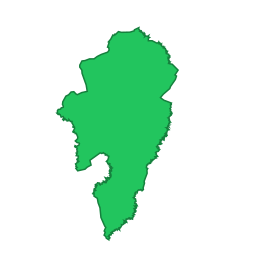 Phimai, Nakhon Ratchasima, Thailand, rotated 152°
{"feature_id": "78962969B83847555024390", "entity_name": "Phimai", "entity_type": "district", "adm_level": 2, "iso_a3": "THA", "parent_name": "Thailand", "parent_adm1": "Nakhon Ratchasima", "projection": "orthographic", "projection_center": [102.551, 15.277], "detail": "fine", "context": "isolated", "style": "filled", "palette": "green", "viewbox_px": 256, "rotation_deg": 152, "n_neighbors": 0, "source": "geoboundaries", "source_scale": "gbopen_adm2", "svg_char_len": 5814}
<svg xmlns="http://www.w3.org/2000/svg" viewBox="0 0 256 256"><g transform="rotate(152 128 128)"><path d="M104.4,212.5L108.1,209.0L107.3,208.0L108.1,205.6L110.4,204.5L116.9,205.5L121.6,205.6L125.5,205.0L129.6,207.1L134.3,207.7L137.2,208.8L141.0,206.2L142.0,204.4L141.6,200.7L142.9,197.8L144.7,185.7L146.8,179.5L152.2,181.0L157.0,181.2L157.8,182.1L158.8,185.5L161.4,186.5L164.8,185.2L167.9,185.3L173.2,181.8L174.8,179.6L174.8,177.8L175.4,176.7L177.6,177.1L178.7,176.3L180.9,177.1L182.2,176.4L183.2,174.3L183.8,174.5L183.3,172.7L182.3,172.8L182.4,172.3L181.6,171.6L181.9,169.0L179.9,168.6L179.9,166.9L181.6,166.3L181.3,165.0L179.3,165.7L179.4,164.6L178.4,164.1L178.5,162.8L176.8,162.3L176.2,163.2L175.7,160.7L174.4,160.1L175.1,158.8L174.9,156.0L176.2,154.7L175.7,154.1L175.0,154.6L174.8,154.0L175.5,152.5L178.5,150.5L178.3,149.8L177.1,149.7L177.2,147.8L176.2,147.5L176.6,143.5L177.7,142.1L180.6,141.3L179.8,139.0L178.3,137.8L178.2,137.0L179.3,136.0L182.1,135.9L183.0,137.3L183.8,136.5L182.3,133.9L183.4,132.9L183.7,130.8L184.3,130.9L184.8,129.6L185.5,130.0L185.6,128.6L186.7,127.9L185.0,126.5L186.7,124.2L187.4,124.6L188.0,124.0L187.0,121.7L188.1,121.4L188.4,122.1L189.8,121.0L191.2,120.9L191.5,118.6L192.1,118.3L191.4,117.1L193.0,116.8L192.5,113.8L185.3,111.8L182.3,112.6L178.0,112.6L176.8,117.4L164.3,119.1L163.1,117.8L161.2,117.7L161.1,116.7L160.2,115.9L160.7,114.7L159.2,114.5L159.4,113.4L158.2,112.1L160.6,109.4L162.8,108.6L162.3,107.7L162.5,106.4L161.3,105.4L162.1,105.0L161.1,104.5L162.0,103.9L160.9,101.7L161.7,101.3L162.4,101.8L162.2,100.6L163.2,100.7L161.5,100.2L161.4,101.1L160.7,100.1L161.9,100.0L162.4,98.5L163.1,98.8L163.1,97.9L163.8,98.3L163.8,99.5L164.7,98.8L164.5,97.1L165.7,96.8L164.9,95.8L166.1,95.0L165.3,94.6L166.0,94.1L165.5,93.7L166.0,93.1L166.5,93.3L166.8,92.6L168.3,93.2L168.6,92.8L168.0,92.2L168.4,91.8L169.4,93.0L169.3,93.9L170.5,93.7L171.4,94.8L171.4,93.5L170.4,92.9L171.8,92.1L170.8,91.5L172.7,90.7L173.4,91.0L172.7,90.3L173.1,90.0L174.7,91.2L173.7,91.6L174.7,92.7L175.3,91.5L176.5,91.9L177.2,90.7L178.6,91.5L179.3,90.8L179.8,91.6L178.9,92.7L180.6,93.9L181.8,93.2L183.4,93.4L183.7,92.7L182.5,91.8L183.5,91.1L184.4,91.4L184.4,90.3L186.3,90.1L185.8,88.1L186.5,88.1L187.3,89.0L188.1,87.5L188.8,87.2L188.3,85.8L189.1,86.8L189.9,86.5L189.1,85.4L190.0,83.8L188.1,80.3L189.5,76.0L190.2,70.7L193.9,61.7L194.6,52.3L194.3,50.7L197.4,48.2L197.1,46.6L199.4,44.6L198.6,42.6L198.9,40.9L197.5,38.4L197.2,39.1L196.2,39.0L195.5,39.7L196.4,41.6L194.8,42.3L194.7,41.6L193.6,42.2L193.2,41.6L192.1,42.5L192.1,43.3L190.9,42.3L190.6,44.0L188.2,43.4L187.7,43.5L187.8,44.3L187.0,44.4L186.6,43.7L185.7,44.2L184.9,43.6L185.1,43.0L183.7,43.5L183.3,42.2L182.7,44.2L182.2,44.0L182.5,43.5L181.7,43.4L179.3,44.9L179.1,45.7L178.5,45.1L177.1,45.2L176.1,46.4L175.6,45.3L174.1,46.0L173.4,45.3L173.2,46.3L174.8,46.9L174.9,48.1L173.9,47.0L172.2,48.5L171.8,47.8L170.1,48.1L169.9,47.3L169.0,48.1L168.2,47.2L169.2,46.2L168.1,46.6L166.8,45.4L166.4,46.0L167.2,47.0L166.3,46.6L164.5,47.3L164.9,48.6L162.9,48.4L163.5,50.2L161.8,50.4L161.1,51.9L160.6,50.5L159.9,51.0L160.4,53.9L158.9,53.2L158.1,53.6L158.2,54.1L159.1,54.1L158.6,54.3L158.8,55.9L158.1,55.3L158.2,55.9L157.6,56.0L157.6,55.4L156.4,54.9L156.4,57.6L157.5,58.2L156.4,59.6L155.4,59.5L154.7,61.9L155.6,62.4L155.3,63.2L155.9,64.0L153.7,64.5L154.0,65.3L152.7,65.8L152.8,66.4L152.1,66.3L152.5,66.7L151.9,67.6L150.8,67.7L150.1,66.8L148.8,68.2L147.4,68.3L146.9,67.7L145.7,67.7L145.8,67.2L144.9,66.8L145.0,66.0L143.3,66.4L142.8,68.0L139.2,71.7L139.3,72.4L138.4,73.7L132.4,79.0L131.0,82.0L129.6,83.0L130.5,84.2L128.9,86.5L128.1,86.2L127.5,86.9L125.2,86.4L125.3,87.1L124.2,86.7L123.9,87.4L123.2,87.2L123.1,87.8L123.8,88.0L122.9,88.2L122.6,88.9L121.9,87.8L121.2,88.5L120.9,88.0L118.2,88.6L117.2,88.3L117.6,89.9L115.2,89.0L115.6,91.8L114.9,92.4L115.2,93.3L114.0,93.6L112.3,93.2L110.1,94.2L111.3,95.7L110.0,95.9L109.9,96.8L111.5,97.5L111.5,98.1L110.4,97.9L110.2,98.8L108.8,99.2L107.0,98.3L105.6,98.3L105.9,99.3L106.5,99.0L106.5,99.8L107.1,99.9L106.7,100.6L105.3,99.8L105.8,100.5L104.8,101.1L105.3,102.3L103.3,102.2L103.6,101.6L102.7,101.6L101.9,100.4L101.1,101.5L101.9,102.6L102.7,102.5L102.2,103.4L101.7,103.0L101.1,103.4L100.4,102.7L99.3,104.2L98.4,103.3L98.6,102.7L98.2,102.6L97.7,103.4L97.0,103.1L96.9,103.7L97.6,103.9L97.0,104.5L97.6,104.5L97.9,105.4L96.8,105.2L96.5,106.2L95.8,106.0L94.2,107.6L92.5,107.2L92.7,108.1L93.5,108.0L93.9,109.1L93.3,109.4L93.8,110.1L93.0,109.8L92.2,110.8L91.6,110.0L91.7,110.8L91.1,110.8L91.6,111.2L90.1,112.3L89.4,112.1L89.8,112.8L88.4,113.6L87.8,113.3L88.1,115.0L87.8,115.0L87.7,115.4L88.3,115.3L88.3,115.8L87.3,116.8L87.9,118.1L86.8,118.0L86.2,118.8L85.0,118.8L84.3,119.5L83.8,119.1L82.9,119.8L83.8,119.9L83.9,120.7L82.1,121.4L82.7,123.2L81.7,124.0L82.0,125.4L80.4,126.0L79.9,127.9L79.5,128.5L78.8,128.3L78.5,128.9L78.9,129.3L78.0,129.7L83.3,135.7L85.1,139.6L80.9,141.3L72.6,143.2L71.0,144.7L63.4,148.6L60.8,151.1L61.6,152.8L56.6,155.6L59.0,163.5L61.3,165.4L60.1,166.3L61.5,166.4L60.0,167.8L60.2,168.5L61.1,168.7L60.0,169.0L60.2,170.3L59.1,170.4L59.4,171.6L57.8,170.9L57.2,172.3L57.8,172.8L57.5,174.0L59.7,176.2L58.8,175.8L57.8,176.6L58.9,176.6L58.4,178.0L57.8,177.1L57.3,177.3L58.0,179.3L57.7,180.6L58.6,181.2L57.9,182.2L59.1,182.4L58.4,183.4L59.5,183.9L59.8,185.0L59.0,186.4L60.5,186.0L59.6,186.8L60.8,187.7L59.9,188.0L60.2,188.7L60.7,188.5L60.5,189.5L61.1,189.1L62.7,189.4L65.7,193.7L69.1,195.5L67.8,197.8L66.5,197.8L67.4,199.2L66.5,199.9L67.7,199.8L69.2,200.9L70.2,200.8L69.5,201.4L70.1,202.1L69.4,202.3L68.9,203.4L69.1,204.3L69.8,203.4L70.0,204.2L70.5,204.0L70.7,206.7L71.4,206.5L72.0,207.6L71.4,207.9L72.2,208.2L71.7,208.8L72.2,210.3L71.3,211.5L76.2,211.7L76.9,210.9L81.3,211.7L89.0,215.6L91.2,217.6L95.3,216.4L95.5,217.0L97.1,216.3L97.7,217.2L101.6,214.5L104.9,213.2L104.4,212.5Z" fill="#22c55e" stroke="#15803d" stroke-width="1.5"/></g></svg>